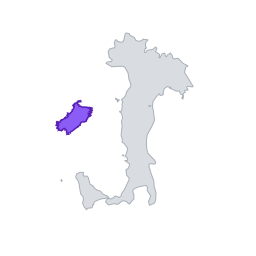 Sardegna, Nuoro, Italy shown in context, rotated 47°
{"feature_id": "23120603B31191283857260", "entity_name": "Sardegna", "entity_type": "district", "adm_level": 2, "iso_a3": "ITA", "parent_name": "Italy", "parent_adm1": "Nuoro", "projection": "mercator", "projection_center": [9.015, 40.086], "detail": "fine", "context": "in_parent", "style": "filled", "palette": "violet", "viewbox_px": 256, "rotation_deg": 47, "n_neighbors": 0, "source": "geoboundaries", "source_scale": "gbopen_adm2", "svg_char_len": 8357}
<svg xmlns="http://www.w3.org/2000/svg" viewBox="0 0 256 256"><g transform="rotate(47 128 128)"><path d="M60.0,62.6L61.3,63.4L66.3,61.6L69.4,62.6L71.9,61.0L73.5,58.4L73.2,56.4L77.2,53.3L77.6,56.9L79.9,59.3L82.1,59.9L81.6,61.3L83.7,64.3L84.6,64.0L84.9,63.4L84.3,61.0L87.4,56.2L87.5,52.8L88.0,52.4L89.6,52.7L90.8,55.8L95.8,54.8L97.6,57.2L98.4,56.8L97.1,52.7L97.7,50.6L99.0,50.2L99.9,51.2L101.9,51.5L102.0,50.2L101.5,49.4L102.1,45.8L105.1,46.2L106.8,47.4L108.8,47.4L110.5,44.5L111.9,43.8L118.4,43.6L123.2,41.9L123.6,42.3L122.8,43.7L123.1,44.6L125.9,48.7L142.0,52.0L141.8,53.0L138.4,55.6L138.1,56.6L138.6,57.5L141.2,58.1L139.4,60.5L139.4,61.5L140.8,61.6L140.6,64.6L142.3,65.5L144.2,68.0L142.3,68.5L143.1,67.8L141.2,65.3L139.2,66.4L136.0,65.3L133.8,67.6L126.5,70.6L127.7,69.3L127.2,69.2L124.5,71.0L123.9,74.6L126.0,78.1L127.6,79.3L126.9,81.5L125.9,82.3L124.6,81.7L124.2,83.6L124.9,88.6L126.0,92.2L129.7,96.1L132.3,97.4L140.4,103.3L143.3,109.9L145.9,118.1L148.0,121.2L152.4,125.6L156.4,128.7L160.1,130.7L169.9,130.6L172.3,131.3L172.6,132.7L172.2,133.6L169.2,135.9L169.1,137.6L170.5,138.9L177.1,142.2L183.9,145.0L188.4,148.6L194.3,151.6L198.9,156.2L200.5,158.6L200.8,160.5L199.7,163.7L199.1,165.0L195.8,163.2L193.2,157.7L187.5,156.7L185.8,155.8L184.8,154.1L183.0,153.9L181.7,154.8L178.5,160.0L176.8,164.4L176.7,166.2L177.7,168.0L180.4,168.9L184.0,172.1L184.1,175.9L184.7,178.1L183.8,179.4L182.0,179.1L179.6,179.8L177.9,181.3L177.2,182.6L177.0,187.4L173.8,189.9L171.0,194.7L166.9,194.8L166.0,193.3L165.9,191.1L166.6,189.7L168.1,189.1L169.1,186.2L168.8,184.2L169.4,183.3L172.7,181.9L172.9,179.0L171.6,177.7L170.6,172.5L166.5,162.3L165.2,161.3L161.6,161.1L157.4,158.3L157.1,157.2L157.8,156.1L157.4,154.6L156.0,152.0L155.1,151.4L149.9,152.5L151.4,150.4L149.5,149.1L146.3,149.1L146.3,148.1L144.0,143.9L142.5,142.2L136.5,141.3L134.5,142.0L131.6,139.3L128.9,138.3L122.1,130.6L118.8,128.3L116.7,124.8L112.5,122.6L110.6,123.1L110.1,122.7L111.1,122.0L110.9,120.7L108.1,117.3L106.5,116.2L105.3,114.0L102.9,113.5L103.0,109.5L102.1,106.7L100.5,104.3L99.6,98.5L98.9,96.9L97.2,95.7L93.3,94.3L87.9,90.5L81.4,88.8L78.8,90.1L72.1,98.1L65.8,100.0L65.6,98.3L68.0,94.6L67.6,93.2L63.6,93.6L58.5,90.3L57.8,87.2L59.2,84.4L60.1,83.7L59.6,81.8L56.5,80.1L55.2,77.6L55.2,76.7L55.9,76.3L57.8,76.4L60.7,74.6L61.5,72.1L57.2,65.8L57.3,64.5L60.0,62.6ZM127.1,97.7L127.3,96.2L126.0,97.1L126.4,97.8L127.1,97.7ZM165.8,189.6L160.9,197.2L159.2,202.2L159.5,204.1L160.8,205.5L160.2,206.1L161.7,208.4L161.6,209.1L159.4,211.8L159.4,214.1L155.3,213.7L151.9,212.4L150.2,209.7L148.9,208.6L147.5,207.7L144.6,207.7L143.3,207.2L135.5,201.9L132.5,200.5L129.0,200.1L127.6,198.9L126.5,196.6L127.9,193.0L130.2,190.9L132.3,193.3L134.0,192.5L134.1,191.8L135.4,190.8L137.0,190.8L143.1,194.1L146.3,193.2L149.3,193.5L151.9,193.1L155.4,191.2L159.5,191.4L164.1,189.3L165.8,189.6ZM92.1,147.9L94.2,154.1L92.2,157.9L93.0,161.9L91.2,175.5L90.3,175.9L85.0,174.3L84.6,177.4L83.9,178.7L82.8,179.5L80.0,179.3L77.1,174.8L76.9,170.5L77.5,169.2L77.6,166.6L78.7,166.5L78.7,164.8L78.1,163.8L77.0,163.5L77.0,161.6L77.8,160.1L77.8,157.5L76.4,154.1L74.3,151.7L74.8,147.4L76.5,148.5L79.0,148.5L82.1,146.8L87.1,141.8L87.8,142.7L89.9,143.6L91.9,145.7L91.1,147.1L92.1,147.9ZM101.4,115.3L101.9,116.4L101.7,117.8L100.7,117.0L98.2,117.3L97.9,116.6L101.0,115.9L101.4,115.3ZM77.9,177.0L77.2,178.6L76.4,176.5L76.5,176.3L77.9,177.0ZM76.2,144.4L75.1,146.1L74.5,146.1L75.9,144.0L76.2,144.4ZM121.8,213.0L120.4,212.7L120.4,211.9L121.5,212.0L121.8,213.0ZM145.3,150.3L144.1,150.7L144.2,149.9L145.3,150.3Z" fill="#d9dde1" stroke="#a8b0b8" stroke-width="1"/><path d="M76.5,177.6L77.1,178.8L77.5,178.6L77.6,177.7L77.8,177.3L77.7,177.3L77.7,177.2L78.4,177.1L79.0,177.4L79.1,177.7L79.0,178.1L79.1,178.4L79.2,178.8L79.5,178.7L79.7,179.1L79.5,179.8L80.0,179.8L79.9,180.2L80.1,180.2L80.0,179.8L80.2,179.7L80.8,179.3L80.9,179.1L81.6,179.5L81.9,179.9L81.9,179.7L82.2,180.0L82.5,180.0L84.3,178.5L84.3,178.3L84.6,178.4L84.6,178.1L84.6,177.8L84.9,177.2L84.5,176.7L84.4,176.1L84.7,175.5L84.8,175.6L84.7,175.5L85.0,175.0L85.2,174.9L85.3,175.0L85.5,175.1L85.2,174.9L85.4,174.8L85.5,175.0L85.5,174.7L85.9,174.9L85.7,174.9L85.6,175.0L85.9,174.9L86.3,175.2L86.3,174.9L86.8,174.5L88.0,174.7L89.7,176.2L90.5,176.0L90.5,176.4L90.7,176.6L90.7,176.2L90.9,176.0L91.2,176.0L91.3,175.8L91.4,175.3L91.2,175.0L91.3,174.2L91.7,173.5L92.1,173.4L91.7,173.1L91.6,172.6L92.2,170.8L92.2,170.3L92.1,170.1L92.4,169.1L92.2,167.7L92.4,167.5L92.4,167.0L92.6,166.8L92.5,165.8L92.9,164.5L92.7,164.3L92.7,163.7L93.1,163.3L92.7,163.0L92.7,162.4L93.3,160.9L92.3,159.9L92.0,159.1L92.0,158.1L92.1,157.7L92.7,156.8L93.7,155.9L93.8,155.3L94.1,155.1L94.5,153.7L94.1,153.4L94.0,153.0L93.5,152.5L93.4,151.9L93.6,151.3L93.1,150.7L93.0,150.2L92.5,149.5L92.6,149.2L92.8,149.1L92.7,148.9L92.7,148.7L93.0,148.8L93.3,148.5L93.0,148.6L92.7,148.3L92.3,148.3L92.3,148.0L92.2,148.1L91.9,147.8L92.2,147.3L91.9,147.3L91.5,147.7L91.2,147.3L90.5,147.4L90.5,147.2L90.7,147.3L90.6,147.2L91.4,147.2L91.6,146.5L91.5,146.3L91.8,146.0L92.3,146.3L92.5,146.1L91.6,145.6L91.5,145.8L91.4,145.8L91.4,146.0L91.1,146.0L91.2,145.4L90.8,145.5L90.7,145.8L90.8,145.5L90.7,145.2L90.9,145.0L90.8,144.9L90.9,144.7L91.0,144.6L91.3,144.4L91.2,144.1L90.9,144.2L91.0,143.8L90.8,143.8L90.8,143.5L90.6,143.6L90.0,143.7L90.1,144.0L89.7,144.4L89.8,143.8L89.6,143.7L89.3,143.4L89.5,143.1L88.8,143.0L88.8,142.6L88.5,142.7L88.4,142.8L88.5,142.9L88.4,143.0L88.2,142.7L88.2,142.9L87.9,142.9L88.0,142.7L87.8,142.4L87.7,142.9L87.7,142.3L87.2,142.0L87.2,141.8L86.8,142.0L86.7,142.2L86.3,142.2L86.1,142.0L86.4,142.3L86.2,142.8L86.4,143.2L86.2,143.5L85.8,143.5L85.7,143.8L85.4,143.9L84.9,143.8L84.5,144.0L83.5,145.3L82.8,145.6L82.7,145.8L82.7,146.1L81.7,147.3L80.6,147.4L79.8,147.9L79.4,148.5L78.5,148.9L77.6,148.9L77.1,148.6L76.9,148.6L76.7,148.6L76.4,148.7L76.7,148.4L76.3,148.5L75.9,148.5L74.9,147.5L74.8,147.0L74.9,146.8L74.5,146.5L74.2,147.0L74.8,147.9L74.3,149.1L74.0,149.4L74.1,149.8L73.9,150.1L73.6,150.4L74.0,150.7L74.2,151.0L74.5,151.1L74.3,151.9L73.8,152.1L73.9,152.9L74.0,153.2L74.1,152.6L74.4,152.2L74.7,152.5L74.5,153.0L75.0,153.0L75.1,152.8L75.6,152.6L75.9,153.0L76.2,154.1L76.6,154.3L76.9,155.6L76.7,156.4L76.7,156.7L77.3,156.8L77.4,157.0L77.7,157.1L77.8,157.6L77.7,158.5L77.8,159.0L77.6,159.3L78.1,160.8L77.6,161.4L77.1,161.5L76.9,161.4L76.6,161.6L76.9,161.7L77.1,161.9L76.8,162.6L77.0,163.1L76.9,163.6L77.4,164.0L77.4,164.5L77.7,163.7L78.1,163.6L78.0,163.8L78.3,163.7L78.5,163.8L78.7,164.0L78.7,164.3L78.8,164.3L79.0,164.3L78.8,164.4L78.7,165.5L78.6,165.9L78.3,166.1L78.2,166.8L78.0,166.7L77.7,165.9L77.5,166.0L77.5,166.8L77.4,167.2L77.7,167.5L77.5,168.0L77.8,168.6L77.6,169.4L76.7,170.9L77.1,171.1L77.1,171.3L76.6,172.2L76.8,172.3L76.7,172.5L76.9,172.7L77.2,172.8L77.4,173.5L77.2,173.9L76.5,174.5L76.9,175.0L77.1,175.7L77.1,175.4L77.4,175.6L77.4,176.3L77.7,176.2L77.9,176.8L78.0,176.8L77.7,177.2L77.6,176.8L77.3,176.4L76.8,176.5L76.6,176.3L76.3,176.8L76.5,177.6ZM75.9,144.1L75.4,144.3L75.5,144.8L75.3,144.8L75.1,145.2L74.7,145.4L74.7,145.6L74.9,145.6L74.6,145.9L74.6,146.2L75.2,146.3L75.3,146.0L75.1,145.8L75.1,145.6L74.9,145.6L75.5,144.9L76.1,145.2L76.2,144.9L76.1,144.7L76.3,144.6L76.0,144.4L76.1,144.2L75.9,144.1ZM75.8,175.1L75.3,175.2L74.8,175.6L74.8,175.9L75.1,176.0L75.2,176.3L75.4,176.6L75.8,176.5L75.9,175.8L75.8,175.6L75.8,175.1ZM89.4,141.6L89.4,141.9L89.2,141.8L89.2,142.0L88.9,142.2L89.0,142.6L89.7,142.5L89.7,142.3L89.8,142.2L89.7,142.2L89.6,142.4L89.7,142.1L89.5,141.8L89.4,141.6ZM90.1,142.0L89.9,142.0L89.9,142.4L89.8,142.7L89.9,142.8L89.7,142.7L89.7,142.9L89.7,143.1L89.9,142.9L90.1,143.3L90.2,143.0L90.0,142.9L90.3,142.4L90.1,142.0ZM93.4,147.5L93.4,147.2L93.3,147.3L92.6,147.8L93.4,147.5ZM88.5,141.9L88.4,142.2L88.6,142.3L88.7,142.1L88.5,141.9ZM93.4,148.1L93.1,148.0L93.3,148.3L93.4,148.1ZM89.4,142.6L89.2,142.8L89.4,142.9L89.4,142.6ZM89.0,141.0L88.7,141.2L88.8,141.3L89.0,141.2L89.0,141.0ZM88.7,141.3L88.4,141.4L88.7,141.5L88.7,141.3ZM88.5,141.0L88.4,141.1L88.6,141.1L88.4,141.2L88.7,141.2L88.5,141.0ZM74.7,146.3L74.6,146.5L74.8,146.5L74.8,146.4L74.7,146.3ZM75.8,162.3L75.7,162.3L75.7,162.5L75.8,162.3ZM91.8,144.7L91.7,144.8L91.8,144.9L91.8,144.7ZM90.9,176.7L90.8,176.8L90.9,176.7ZM89.0,141.0L88.8,140.9L88.8,141.0L89.0,141.0ZM91.8,175.9L91.7,175.9L91.7,176.0L91.8,175.9ZM90.8,143.3L90.7,143.4L90.8,143.4L90.8,143.3ZM76.0,175.1L75.9,175.1L76.0,175.1L76.0,175.1Z" fill="#8b5cf6" stroke="#5b21b6" stroke-width="1.5"/></g></svg>